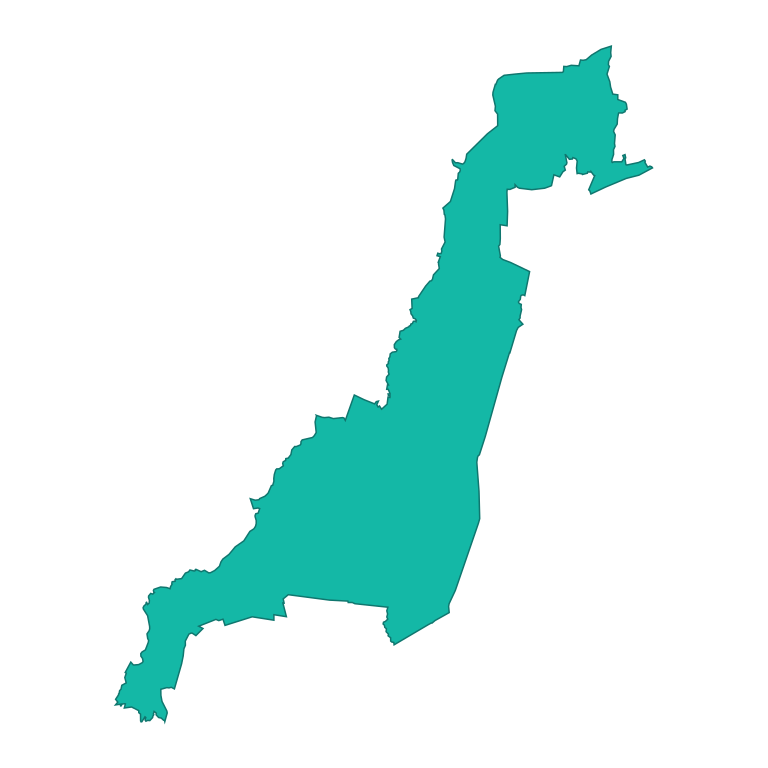 Purísima del Rincón, Guanajuato, Mexico (Robinson projection)
{"feature_id": "50627088B64062535861802", "entity_name": "Purísima del Rincón", "entity_type": "district", "adm_level": 2, "iso_a3": "MEX", "parent_name": "Mexico", "parent_adm1": "Guanajuato", "projection": "robinson", "projection_center": [-101.94, 20.941], "detail": "fine", "context": "isolated", "style": "filled", "palette": "teal", "viewbox_px": 768, "rotation_deg": 0, "n_neighbors": 0, "source": "geoboundaries", "source_scale": "gbopen_adm2", "svg_char_len": 6100}
<svg xmlns="http://www.w3.org/2000/svg" viewBox="0 0 768 768"><path d="M652.5,167.9L651.7,166.8L649.9,166.1L647.7,167.1L644.9,162.3L645.3,161.1L644.4,159.8L638.6,162.5L626.8,165.0L625.9,164.6L625.0,158.5L625.7,157.9L625.0,154.6L622.8,155.5L623.9,158.4L621.8,161.8L613.9,161.8L612.3,162.5L611.9,161.9L611.9,159.7L613.6,154.4L613.5,149.7L615.0,146.4L614.5,143.5L615.2,134.9L613.6,131.5L614.0,129.4L617.2,124.1L617.5,118.7L618.4,113.8L618.8,112.9L622.4,113.0L625.1,111.6L625.0,110.3L627.1,109.1L626.4,104.2L625.4,102.3L617.8,99.5L617.8,94.8L612.8,94.1L610.6,87.1L609.8,81.7L607.0,74.1L609.4,66.4L608.4,64.8L608.6,61.3L611.1,56.4L610.7,52.7L611.3,46.1L601.0,49.4L591.7,55.0L586.2,59.7L583.1,60.3L580.5,60.0L578.9,65.8L571.2,65.3L566.7,66.6L563.8,66.4L563.4,71.5L562.5,72.4L526.7,73.0L515.1,74.1L504.1,75.3L498.9,78.8L497.6,80.1L495.8,84.5L495.3,84.4L493.0,92.3L492.8,95.0L495.4,106.2L495.0,110.7L497.6,114.1L497.7,125.7L487.5,133.7L466.7,154.2L466.1,158.2L465.0,161.7L463.8,163.3L462.6,164.1L457.8,162.7L455.5,162.8L452.5,159.6L452.1,159.9L452.5,162.4L453.8,165.5L460.0,168.7L460.3,170.3L459.7,172.0L458.3,173.3L457.7,179.6L457.5,180.0L456.1,179.9L455.6,180.9L454.5,188.7L450.4,201.5L442.9,208.1L443.9,210.1L444.3,214.4L445.0,215.1L445.5,218.9L444.1,237.1L445.1,242.0L441.5,249.0L441.8,251.3L441.1,253.5L439.3,253.7L437.8,253.2L437.0,255.7L440.3,256.7L438.3,262.1L438.7,262.1L438.5,263.8L439.3,268.5L433.5,274.8L432.5,279.1L431.5,280.7L429.9,281.1L425.6,286.1L418.6,296.5L418.4,297.7L411.7,299.1L412.1,308.5L410.0,309.6L410.8,311.7L411.0,313.8L412.6,315.9L413.3,318.1L415.4,318.9L416.4,320.4L416.0,321.7L415.4,321.1L413.4,321.3L412.4,323.5L410.8,324.1L410.5,325.6L409.3,326.0L408.7,326.9L405.4,328.3L403.4,330.3L400.1,331.3L399.1,337.5L400.7,339.1L398.5,339.9L396.3,341.6L394.3,344.6L394.4,347.7L395.5,349.1L396.7,349.2L396.9,350.5L396.1,351.6L392.3,352.2L390.2,353.9L389.9,356.8L388.8,358.6L389.1,360.4L388.2,362.0L388.5,363.4L386.7,365.0L386.8,366.1L388.1,367.8L388.5,370.3L388.3,372.0L389.0,374.2L386.6,377.0L386.1,380.5L388.4,384.9L387.5,384.9L386.7,389.3L388.2,389.3L390.0,393.5L390.1,394.0L388.1,393.9L388.4,395.6L390.7,395.8L390.1,395.8L389.9,397.5L388.0,397.2L387.1,404.2L381.6,409.2L379.5,406.0L378.1,407.0L376.8,404.8L378.4,401.1L376.3,401.6L374.6,403.9L364.1,399.7L354.3,395.0L345.3,420.4L344.0,418.0L342.6,417.6L333.3,418.6L328.9,417.2L324.5,417.6L322.1,417.3L316.3,415.3L316.5,415.7L315.1,422.0L316.2,432.5L314.2,435.8L312.5,437.5L302.2,439.9L301.0,441.6L300.9,443.9L300.2,445.0L296.2,446.6L294.7,446.5L291.8,449.9L290.9,454.6L288.2,458.1L285.8,458.6L285.6,460.4L283.2,461.8L282.7,463.5L283.3,465.8L279.2,468.8L276.7,468.9L275.7,470.0L274.3,474.5L273.8,478.5L273.9,481.2L272.7,485.3L271.4,485.6L268.2,493.0L266.8,494.5L264.8,496.3L259.6,498.6L259.2,499.5L258.4,499.8L255.2,500.2L250.3,498.7L253.5,508.7L258.0,508.0L259.7,508.6L258.1,513.2L255.8,513.7L255.1,515.4L255.1,516.7L256.2,520.4L256.2,523.6L255.5,526.3L253.9,528.8L249.9,531.4L243.8,540.9L235.3,546.8L229.0,554.4L222.9,559.0L221.0,561.8L219.4,566.3L214.7,570.5L210.5,572.7L208.8,572.9L204.5,570.3L201.1,571.7L195.9,569.3L195.3,569.6L195.4,570.5L194.2,571.0L189.9,570.0L188.6,571.8L185.4,573.1L181.6,578.6L176.3,579.3L175.9,578.8L175.1,579.6L175.1,581.3L172.2,581.7L171.8,583.2L172.0,584.3L170.6,586.5L170.1,588.7L166.5,587.5L160.6,587.0L154.0,589.3L153.4,590.4L153.8,592.2L154.4,592.5L152.8,594.1L150.7,593.4L148.6,596.0L148.5,597.4L149.4,600.4L149.2,603.0L147.6,604.5L146.6,602.3L146.2,602.5L145.9,604.2L143.9,606.0L143.1,607.7L143.4,609.1L147.6,615.7L149.6,626.3L149.7,628.7L149.2,630.6L147.0,633.9L147.7,638.6L148.6,640.3L148.3,642.3L145.4,649.9L142.0,652.0L140.8,653.6L140.9,656.2L142.5,658.4L143.1,661.5L142.2,662.7L138.7,664.6L134.0,665.0L133.3,664.9L130.8,662.1L125.2,672.5L126.3,673.2L124.8,677.5L126.2,682.9L121.8,685.3L121.0,689.2L119.6,690.7L119.1,693.5L118.6,693.9L118.5,694.9L115.6,699.3L117.8,702.1L115.5,704.9L121.1,704.1L120.5,705.7L120.9,706.0L122.3,704.0L124.8,703.7L125.4,703.9L124.3,708.0L131.6,707.0L138.7,710.6L138.8,712.7L140.5,714.1L140.6,720.9L141.1,721.9L141.9,721.7L145.0,716.8L145.8,717.5L145.1,720.0L145.9,721.2L147.7,720.4L149.8,720.6L152.6,717.6L152.8,716.3L153.8,714.7L153.4,713.9L154.1,711.4L156.3,713.2L156.1,714.8L158.6,717.5L161.3,718.1L163.5,720.2L164.5,720.4L164.8,721.6L167.2,713.0L166.9,711.1L162.0,701.4L160.9,695.4L160.8,689.3L166.8,687.6L169.0,687.9L171.3,687.3L174.4,688.9L181.6,663.8L183.2,655.9L183.9,648.8L185.4,645.3L185.3,641.1L188.9,634.1L191.1,633.1L192.3,633.2L195.9,635.6L203.0,628.5L198.7,626.2L215.9,619.4L218.8,620.6L223.0,619.2L225.0,625.4L252.2,616.8L273.9,620.2L273.9,614.7L286.4,616.7L282.9,603.0L284.1,603.1L283.2,598.9L288.3,594.7L329.5,600.1L347.9,601.1L348.2,602.5L352.3,602.5L354.9,603.7L387.9,607.2L386.8,610.8L387.6,614.0L386.8,617.0L387.8,619.1L385.4,621.4L383.5,622.2L383.1,624.0L384.4,625.2L384.8,627.4L386.4,628.7L386.1,631.7L388.4,634.0L388.1,635.8L390.6,637.7L390.7,641.1L391.7,642.0L393.8,642.4L394.1,644.8L428.2,624.7L431.3,623.0L432.0,623.1L435.1,620.5L449.2,612.6L448.6,606.4L449.1,603.7L455.3,590.5L478.4,523.3L479.7,518.7L479.0,491.3L476.8,462.2L477.5,457.4L478.1,455.9L479.4,454.8L485.3,436.4L501.9,377.2L509.5,352.6L509.9,352.8L516.6,330.4L518.2,327.4L522.9,324.2L518.9,319.7L520.1,318.0L520.1,316.0L521.6,309.6L521.0,307.4L521.3,304.4L519.5,303.6L518.6,302.6L518.5,301.7L520.3,299.3L520.7,296.1L521.3,295.3L523.2,294.8L524.8,295.6L529.6,271.6L510.6,262.5L502.7,259.5L500.0,257.3L500.4,256.0L498.6,246.1L499.9,244.5L500.3,238.7L500.2,224.7L507.1,225.8L507.6,211.3L506.9,192.1L507.2,189.3L510.0,189.4L515.1,187.3L515.1,184.7L517.4,187.2L519.4,188.2L531.8,189.7L544.7,188.2L551.0,185.9L551.5,185.6L553.9,174.8L559.7,176.9L562.9,171.8L565.3,170.1L564.2,166.3L566.5,164.2L566.9,162.7L565.3,154.7L565.6,154.7L569.4,159.3L572.4,159.0L572.9,157.6L575.8,158.7L576.8,160.2L577.2,161.2L576.5,168.0L577.1,173.6L578.5,173.3L582.1,173.9L582.4,174.5L587.4,173.2L587.8,171.9L590.9,172.1L591.0,171.6L593.6,175.1L594.7,175.6L588.7,189.8L589.9,191.0L590.9,194.0L605.7,187.0L626.3,178.4L638.9,175.2L652.5,167.9Z" fill="#14b8a6" stroke="#0f766e" stroke-width="1.5"/></svg>